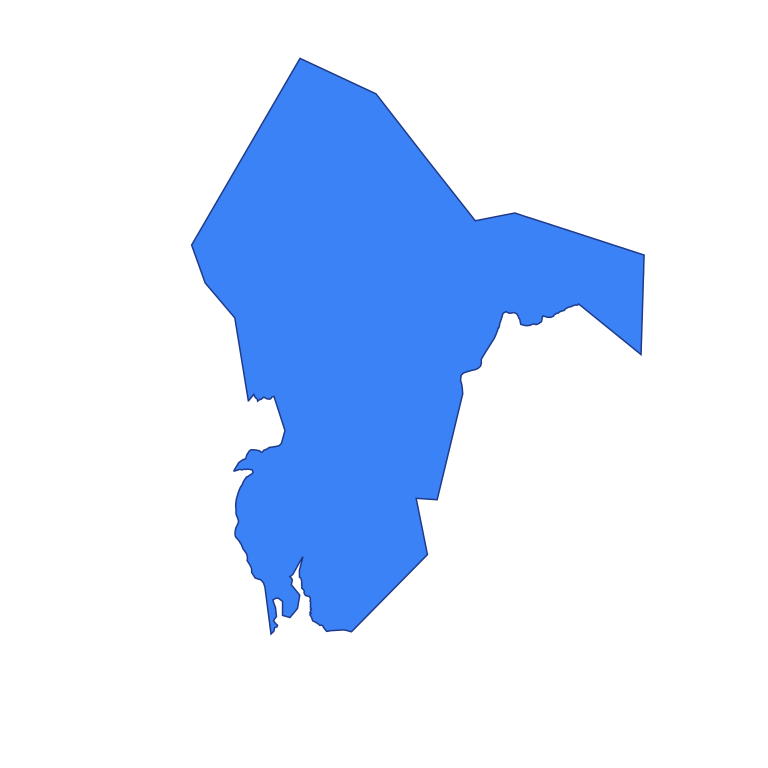 Calihualá, Oaxaca, Mexico (Equal Earth projection), rotated 201°
{"feature_id": "50627088B89954579529198", "entity_name": "Calihualá", "entity_type": "district", "adm_level": 2, "iso_a3": "MEX", "parent_name": "Mexico", "parent_adm1": "Oaxaca", "projection": "equal_earth", "projection_center": [-98.262, 17.554], "detail": "fine", "context": "isolated", "style": "filled", "palette": "blue", "viewbox_px": 768, "rotation_deg": 201, "n_neighbors": 0, "source": "geoboundaries", "source_scale": "gbopen_adm2", "svg_char_len": 3519}
<svg xmlns="http://www.w3.org/2000/svg" viewBox="0 0 768 768"><g transform="rotate(201 384 384)"><path d="M579.1,657.9L613.4,444.8L587.1,414.2L547.0,392.3L504.3,319.1L504.5,319.6L501.8,327.7L500.1,325.8L498.4,324.9L497.1,324.7L495.8,322.7L494.2,325.3L493.3,325.5L491.5,328.6L487.7,328.2L485.1,329.0L484.5,329.7L484.0,331.6L483.4,332.2L482.5,332.7L482.3,333.0L459.8,305.1L458.5,292.1L459.6,289.0L461.9,287.4L465.0,285.5L468.3,283.7L470.4,280.9L472.5,279.1L473.1,277.3L473.6,276.4L474.5,276.4L475.9,277.0L478.4,276.8L482.0,275.9L484.5,275.0L485.7,273.3L486.7,268.7L486.4,265.0L486.8,264.0L488.6,262.9L491.4,258.6L492.7,251.5L493.0,249.1L492.3,249.2L489.9,251.1L487.9,252.7L486.1,252.8L485.1,253.5L483.8,254.4L482.2,254.8L480.8,255.7L476.4,256.6L475.6,255.8L474.5,254.7L474.8,253.3L476.1,251.5L477.9,249.0L479.0,247.9L480.0,244.1L480.3,242.1L480.3,238.8L481.0,236.6L481.2,232.8L481.1,229.7L480.6,223.8L479.8,220.2L478.7,216.8L477.4,214.3L475.6,209.7L474.0,207.8L472.4,206.2L470.8,204.0L470.3,202.1L470.4,200.7L470.7,196.6L470.4,194.1L469.5,190.9L468.2,188.6L467.0,187.6L465.3,186.8L463.1,185.6L461.7,184.4L459.2,182.6L456.7,179.7L452.4,176.9L450.8,175.5L448.9,172.1L448.6,170.2L444.6,167.2L441.6,164.4L439.9,160.5L438.2,159.3L434.8,156.7L432.6,156.8L428.6,157.0L425.3,155.2L422.5,151.9L399.9,110.1L398.2,113.8L398.8,117.3L396.9,118.9L396.9,120.6L399.2,121.5L402.4,123.5L401.1,128.5L405.2,136.4L407.8,139.3L410.3,142.5L408.3,145.2L406.0,146.2L400.8,144.7L395.8,131.6L388.1,132.3L384.3,143.5L387.0,156.7L397.2,162.6L398.6,163.4L399.2,167.5L399.6,168.5L399.9,168.9L400.7,169.4L402.9,170.5L401.9,171.6L400.8,173.9L400.6,175.4L399.2,185.6L398.6,189.1L398.6,189.5L398.4,190.9L398.2,192.2L397.7,193.6L396.8,184.4L396.1,179.3L394.7,175.9L393.7,173.4L393.1,173.4L391.8,172.6L390.2,170.5L388.9,167.0L388.3,166.1L387.5,163.8L385.7,163.3L384.3,162.2L383.7,160.2L381.8,158.6L380.7,158.4L377.9,158.9L376.7,158.4L376.4,157.7L375.8,157.3L375.3,155.9L375.2,154.7L374.6,154.6L374.2,153.7L374.0,153.1L373.8,151.9L373.1,151.1L373.0,149.6L372.1,148.8L371.2,148.0L371.9,147.4L371.1,146.8L371.2,143.8L369.9,143.9L370.4,141.9L368.7,140.8L365.6,137.3L363.9,137.3L361.7,136.9L359.6,136.5L357.5,135.7L355.5,136.5L354.3,136.2L353.2,135.0L348.9,132.5L347.3,133.4L345.2,134.7L333.7,139.9L331.6,140.4L325.6,141.0L288.4,226.3L282.3,240.3L313.0,288.8L292.9,295.0L299.5,345.6L307.0,403.1L309.3,407.9L311.1,411.2L313.9,415.0L315.1,419.9L314.2,421.9L313.0,423.5L311.0,425.0L308.9,426.7L306.4,428.6L304.3,429.8L301.7,432.4L300.3,435.3L300.6,438.5L302.0,441.7L302.0,441.9L301.3,446.5L300.3,451.7L299.3,456.6L298.2,462.3L297.4,466.2L297.2,470.6L297.2,473.9L297.4,477.4L297.0,477.4L297.0,479.1L297.4,481.2L297.6,481.6L297.7,485.8L297.8,487.9L298.1,491.0L298.2,492.6L296.0,495.3L294.6,495.1L292.2,495.0L290.8,495.7L288.3,497.3L285.2,497.1L283.1,495.5L281.9,494.0L280.1,492.6L278.6,490.0L277.6,488.7L272.7,489.2L270.8,490.0L268.7,491.1L266.8,493.1L265.1,493.9L263.4,493.9L261.4,495.6L259.4,498.4L259.5,500.3L260.1,502.6L260.0,504.5L257.5,504.8L255.6,504.8L254.1,505.4L252.5,505.8L250.2,507.9L249.7,509.9L247.8,512.1L246.6,512.7L246.1,514.0L244.7,515.4L243.3,516.4L242.2,517.2L241.4,519.4L239.4,521.7L236.9,523.4L234.7,525.7L233.5,526.3L231.5,527.1L231.0,528.5L154.6,503.6L174.1,559.6L178.3,571.5L179.7,575.6L181.9,582.0L183.8,587.3L186.1,593.9L187.4,597.6L191.1,597.4L304.6,591.5L312.6,591.0L321.9,590.6L323.2,590.5L323.6,590.2L336.3,582.3L357.3,569.1L428.6,611.6L441.5,619.4L495.4,652.0L579.1,657.9Z" fill="#3b82f6" stroke="#1e3a8a" stroke-width="1.5"/></g></svg>